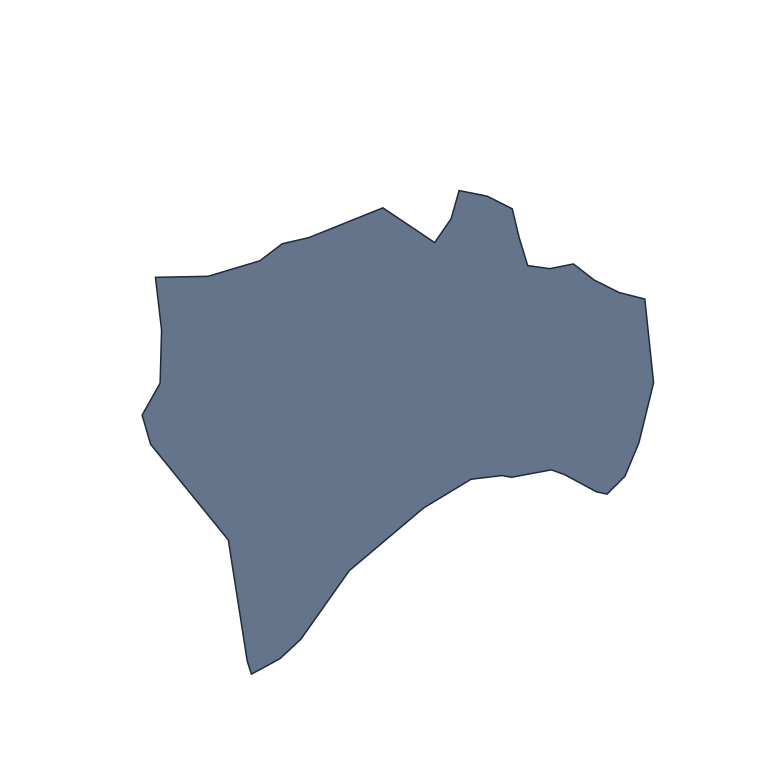 Dajabón, orthographic projection, rotated 238°
{"feature_id": "DOM-1966", "entity_name": "Dajabón", "entity_type": "Province", "adm_level": 1, "iso_a3": "DOM", "parent_name": "Dominican Republic", "parent_adm1": "", "projection": "orthographic", "projection_center": [-71.618, 19.433], "detail": "fine", "context": "isolated", "style": "filled", "palette": "slate", "viewbox_px": 768, "rotation_deg": 238, "n_neighbors": 0, "source": "natural_earth", "source_scale": "10m", "svg_char_len": 663}
<svg xmlns="http://www.w3.org/2000/svg" viewBox="0 0 768 768"><g transform="rotate(238 384 384)"><path d="M203.8,573.9L198.9,568.8L178.1,539.5L172.4,514.8L180.0,507.0L211.5,489.1L222.6,480.3L237.3,442.7L243.8,435.6L257.1,407.3L257.9,352.1L244.1,255.6L211.6,178.2L206.2,150.2L208.2,117.8L221.3,121.1L334.2,169.3L456.6,154.1L485.8,162.4L503.4,194.6L547.7,224.0L595.6,246.7L568.6,291.8L554.3,344.0L556.9,371.9L548.0,397.9L534.0,476.4L477.1,501.9L488.6,528.5L508.3,550.2L488.5,571.1L464.6,585.6L436.8,576.3L408.3,568.6L394.0,585.7L385.4,608.3L360.7,617.4L337.2,631.7L317.8,650.2L242.2,613.3L203.8,573.9Z" fill="#64748b" stroke="#1e293b" stroke-width="1.5"/></g></svg>